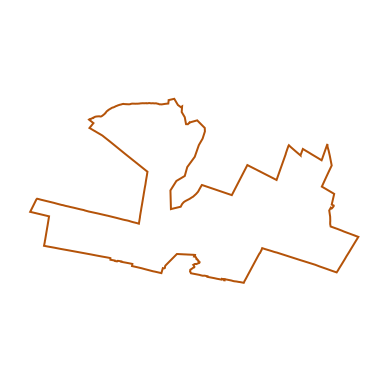 Balta Alba, Buzau, Romania (orthographic projection), rotated 266°
{"feature_id": "2599482B44648536645851", "entity_name": "Balta Alba", "entity_type": "district", "adm_level": 2, "iso_a3": "ROU", "parent_name": "Romania", "parent_adm1": "Buzau", "projection": "orthographic", "projection_center": [27.325, 45.281], "detail": "fine", "context": "isolated", "style": "outline", "palette": "amber", "viewbox_px": 384, "rotation_deg": 266, "n_neighbors": 0, "source": "geoboundaries", "source_scale": "gbopen_adm2", "svg_char_len": 5888}
<svg xmlns="http://www.w3.org/2000/svg" viewBox="0 0 384 384"><g transform="rotate(266 192 192)"><path d="M196.1,37.0L195.4,36.2L191.8,34.1L188.9,32.4L183.5,29.2L180.5,38.8L177.7,47.7L169.1,45.7L166.7,45.1L161.3,43.8L154.6,42.2L154.0,42.0L153.3,41.8L152.6,41.7L148.9,40.7L148.8,40.9L148.6,40.8L147.8,43.8L146.1,50.6L144.3,57.3L142.8,63.3L139.6,75.8L136.7,87.1L135.3,92.3L133.9,97.7L132.6,102.9L131.9,105.5L131.7,106.0L130.1,105.9L129.0,110.2L128.6,110.2L128.3,111.2L128.0,112.4L128.3,112.7L128.5,112.8L128.5,113.2L128.5,113.3L128.4,113.7L127.9,115.9L127.7,116.7L127.3,116.6L126.9,118.1L126.0,121.6L125.6,123.1L124.4,127.5L122.7,127.1L122.3,127.0L121.0,131.4L120.3,133.7L119.4,136.6L118.4,139.4L115.6,147.7L115.1,149.6L113.2,155.8L118.1,157.6L117.8,158.4L117.8,159.0L118.0,159.5L118.3,159.7L119.5,159.9L120.4,160.3L131.2,172.6L129.2,189.4L129.1,190.0L129.0,189.9L128.6,190.6L128.2,190.5L128.0,189.7L127.5,189.5L127.3,190.3L126.6,191.4L126.1,191.6L125.0,191.6L123.8,192.8L124.0,192.9L122.9,193.7L122.4,193.5L122.2,193.6L121.5,194.7L121.1,194.6L120.7,194.2L120.5,193.3L119.8,191.3L120.0,190.2L119.9,189.5L119.2,188.2L118.6,188.7L117.1,189.2L116.6,188.8L116.6,188.3L115.4,186.4L114.6,184.9L114.0,184.7L113.6,184.8L112.7,184.5L112.2,184.9L111.0,185.3L108.7,194.0L108.4,194.6L108.3,195.0L108.1,195.6L107.9,196.3L107.8,196.6L107.7,197.0L107.7,198.5L107.5,199.3L107.2,200.4L106.9,201.5L106.4,201.3L106.2,201.7L105.3,205.2L104.5,208.2L103.7,210.9L103.0,213.6L102.6,215.1L102.5,215.5L103.3,215.7L103.1,216.4L102.9,218.2L101.7,217.9L101.6,218.4L102.7,218.7L101.9,221.7L101.6,222.8L101.0,225.0L100.6,226.1L100.3,226.9L100.2,227.2L99.8,228.9L99.8,229.1L99.7,229.8L99.1,232.1L98.8,233.6L97.8,237.3L98.5,237.7L99.7,238.3L100.2,238.7L102.7,240.3L106.4,242.6L108.6,244.0L110.2,245.0L114.8,247.9L123.2,253.2L125.8,254.9L126.2,255.2L126.3,255.5L128.0,256.5L129.2,257.2L129.4,257.4L129.6,257.4L131.1,258.1L130.7,259.1L130.0,260.8L129.8,261.3L129.7,261.6L127.5,267.4L126.6,269.6L126.0,271.3L125.7,272.3L124.5,275.3L120.5,285.3L116.3,295.8L115.3,298.4L110.8,309.9L109.0,313.7L106.0,320.7L103.5,326.4L101.7,330.7L104.1,332.5L104.9,333.0L109.6,336.4L114.4,339.8L116.8,341.4L122.3,345.4L122.5,345.5L130.7,351.3L135.6,354.8L142.1,340.5L143.0,338.8L145.3,333.9L145.4,333.6L147.9,327.9L150.4,327.6L152.9,327.8L153.1,327.9L157.7,328.1L164.0,327.6L166.7,329.4L165.8,330.2L166.6,331.1L167.9,332.3L168.6,332.4L169.7,330.5L180.2,333.7L186.0,325.3L188.3,321.9L198.0,327.2L202.5,329.7L208.7,333.2L218.4,332.0L223.7,331.2L226.6,330.6L227.6,330.4L229.6,330.4L229.7,330.1L217.5,324.8L216.7,324.5L214.6,323.5L217.1,320.0L221.2,314.1L223.3,311.2L224.8,309.0L227.2,305.6L221.7,303.1L221.0,302.8L220.9,302.8L225.6,298.0L230.4,293.2L231.9,291.9L231.2,291.4L230.5,291.1L228.0,290.0L223.7,288.2L223.4,288.2L205.5,280.4L198.1,277.2L211.4,255.1L215.0,249.1L186.1,231.5L198.2,202.7L198.3,202.3L197.7,201.9L194.7,199.9L191.9,198.1L189.8,196.0L187.2,192.7L186.7,191.6L185.3,189.1L183.4,184.7L182.4,183.0L180.7,181.3L178.1,179.7L176.7,171.4L176.4,169.8L195.1,170.6L204.1,177.2L208.5,185.9L217.2,189.0L226.9,197.2L238.3,202.1L244.5,206.3L251.5,209.1L255.0,209.2L262.6,202.6L263.1,202.2L261.6,194.9L261.3,194.6L261.6,194.4L259.9,192.6L260.1,190.8L260.8,190.7L267.1,190.0L272.5,187.3L276.8,187.9L278.1,188.1L277.4,186.8L279.8,184.0L286.2,180.8L285.3,175.1L284.6,175.0L284.4,175.0L281.9,174.5L281.9,174.4L281.8,171.5L281.5,167.8L281.6,167.2L281.7,166.4L281.7,165.9L281.7,165.7L282.0,165.1L282.1,164.9L282.4,164.3L282.5,163.6L282.7,163.2L282.9,162.6L282.9,162.4L283.0,162.2L283.0,160.8L283.1,160.4L283.1,160.0L283.3,159.3L283.3,159.1L283.3,158.6L283.3,158.4L283.3,157.5L283.4,156.9L283.7,155.7L283.7,155.4L283.7,155.1L283.7,154.8L283.6,154.4L283.6,154.0L283.6,153.5L283.6,153.0L283.7,152.8L283.8,152.7L283.8,152.3L283.8,151.8L283.8,151.2L283.9,150.1L284.0,149.0L284.0,148.2L284.0,147.8L284.0,147.4L284.0,146.8L284.0,146.4L283.9,146.0L283.9,145.0L283.9,144.4L283.9,143.3L284.0,142.6L284.0,142.4L284.0,141.9L284.0,141.7L284.1,140.8L284.2,140.1L284.2,139.4L284.3,139.0L284.3,138.1L284.2,137.8L284.2,137.2L284.0,136.6L283.9,136.2L283.9,135.6L283.9,135.1L283.9,134.9L284.0,134.2L284.1,133.4L284.1,133.1L284.2,132.8L284.2,132.3L284.3,131.7L284.4,131.2L284.4,130.8L284.5,130.2L284.7,129.6L284.6,129.3L284.6,128.7L284.5,128.4L284.3,127.6L284.2,127.0L284.1,126.3L284.0,125.7L283.9,125.4L283.8,125.1L283.6,124.2L283.5,123.9L283.4,123.6L283.2,123.1L282.9,122.0L282.5,121.1L282.1,120.1L281.9,119.6L281.8,119.1L281.8,118.7L281.7,118.4L281.5,117.9L281.2,117.3L281.0,117.0L280.8,116.5L280.3,115.6L280.0,114.9L279.7,114.5L279.4,113.9L279.1,113.7L278.9,113.3L278.6,112.8L278.2,112.3L277.7,111.9L277.2,111.6L276.8,111.0L276.6,110.9L276.0,110.3L275.6,109.7L275.0,108.9L274.3,107.8L274.0,107.3L273.8,106.8L273.7,106.5L273.7,106.0L273.7,105.8L273.8,105.4L273.9,105.0L274.0,104.7L274.0,104.1L274.0,103.2L274.0,102.5L274.0,102.2L273.9,101.4L273.9,101.2L273.8,100.6L273.6,100.2L273.4,99.6L273.3,99.4L273.2,99.3L273.0,99.1L272.7,98.7L272.8,98.5L272.9,98.4L272.8,98.2L272.7,97.9L272.4,97.3L272.0,96.4L272.0,96.2L271.9,96.0L272.0,95.8L272.0,95.6L271.9,95.3L271.8,95.0L271.6,94.6L271.4,94.3L267.6,98.5L263.0,94.2L254.6,106.5L253.4,107.8L247.0,114.8L235.1,127.5L215.3,149.0L214.2,148.7L212.3,148.3L209.0,147.5L207.8,147.2L207.0,147.0L204.8,146.5L202.9,146.1L199.5,145.2L196.6,144.5L193.3,143.7L191.5,143.3L189.5,142.8L187.8,142.4L185.3,141.8L183.2,141.3L180.8,140.7L179.2,140.3L177.4,139.9L175.0,139.3L171.2,138.4L170.4,138.3L164.1,136.8L165.0,134.4L166.0,131.2L166.6,129.5L167.7,126.7L168.2,125.1L168.7,123.2L169.4,120.9L171.3,115.3L173.1,109.7L174.3,106.0L174.5,105.2L174.7,104.6L175.3,102.6L177.2,96.4L179.4,88.8L179.7,87.7L180.5,85.4L181.2,83.4L181.5,82.9L182.5,79.4L184.6,72.8L185.5,69.7L186.2,67.6L186.5,66.5L187.0,64.8L187.9,62.3L188.2,61.0L189.8,56.3L190.8,53.5L194.9,40.6L195.4,39.2L195.8,38.0L196.1,37.0Z" fill="none" stroke="#b45309" stroke-width="2"/></g></svg>